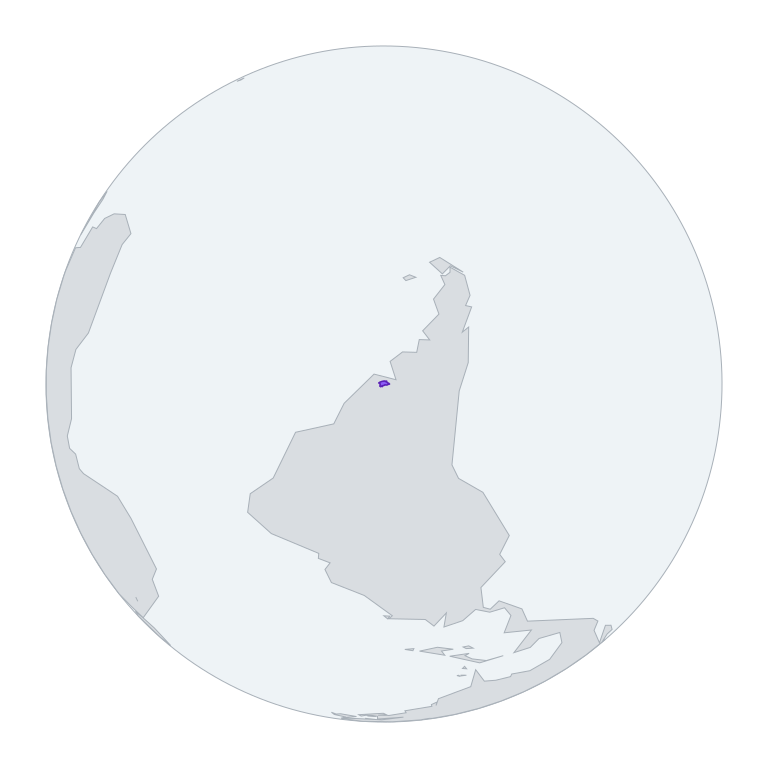 Durazno highlighted on a globe, orthographic projection, rotated 187°
{"feature_id": "URY-13", "entity_name": "Durazno", "entity_type": "Department", "adm_level": 1, "iso_a3": "URY", "parent_name": "Uruguay", "parent_adm1": "", "projection": "orthographic", "projection_center": [-56.089, -32.962], "detail": "fine", "context": "on_globe", "style": "filled", "palette": "violet", "viewbox_px": 768, "rotation_deg": 187, "n_neighbors": 0, "source": "natural_earth", "source_scale": "10m", "svg_char_len": 4847}
<svg xmlns="http://www.w3.org/2000/svg" viewBox="0 0 768 768"><g transform="rotate(187 384 384)"><circle cx="384" cy="384" r="338" fill="#eef3f6" stroke="#a8b0b8"/><path d="M297.0,57.5L295.3,58.0L298.5,57.6L305.3,55.6L305.3,55.4L305.5,55.3L334.8,49.7L364.5,46.6L365.4,46.6L385.2,46.8L385.5,47.3L369.1,48.7L345.3,50.4L324.1,55.7L349.6,50.7L349.9,53.4L354.9,53.6L361.7,53.0L366.2,51.6L368.8,52.7L344.5,57.1L341.8,56.2L349.5,54.5L338.3,55.7L322.0,60.4L323.4,62.2L297.2,69.9L297.9,71.6L292.6,74.8L293.2,71.2L291.6,78.3L261.0,94.2L258.2,111.6L248.2,101.3L236.9,103.6L222.7,109.0L221.9,111.7L204.3,117.2L186.0,130.9L175.9,149.0L179.2,158.8L199.1,150.3L206.7,140.4L222.3,133.2L207.7,157.8L234.4,151.7L229.8,169.7L237.1,176.6L251.2,170.4L265.6,171.4L277.0,158.7L294.9,150.1L294.2,164.4L304.9,149.8L314.3,155.3L350.5,151.6L347.5,155.0L377.8,171.7L412.0,180.5L420.0,192.7L415.7,199.9L427.9,202.9L428.1,207.9L477.6,221.8L503.7,240.0L503.4,258.8L482.5,277.2L465.9,325.3L429.0,338.3L421.2,360.0L395.1,392.6L372.6,389.7L380.7,407.2L369.5,418.1L355.4,419.4L354.4,432.4L344.0,433.3L352.1,441.5L338.0,460.1L345.2,474.3L335.7,490.1L340.9,498.7L336.2,498.9L332.1,502.9L332.7,508.0L317.2,501.7L309.4,482.5L312.6,471.8L306.4,471.2L312.6,445.0L306.9,450.9L303.0,415.5L308.5,386.3L306.7,312.0L298.5,299.4L272.6,288.5L241.2,248.9L248.4,229.0L242.0,222.4L263.0,193.8L258.2,174.4L251.1,173.4L243.4,182.8L219.7,177.6L212.7,166.1L147.8,176.9L142.8,174.8L145.5,165.1L138.6,153.4L134.8,171.5L129.3,172.2L127.7,168.2L132.1,163.0L135.8,155.2L133.5,157.2L150.4,139.8L168.5,123.7L187.7,108.9L208.0,95.5L229.2,83.6L251.1,73.3L273.7,64.6L297.0,57.5ZM255.0,118.9L285.6,121.8L266.7,127.0L270.5,124.2L263.1,121.9L248.7,122.0L232.5,128.9L255.0,118.9ZM272.1,104.4L266.7,105.0L272.2,103.6L272.1,104.4ZM344.1,516.4L319.0,504.7L332.6,509.4L339.5,500.4L353.6,510.4L344.1,516.4ZM365.4,493.8L374.9,489.3L377.9,491.8L372.0,495.5L365.4,493.8ZM599.6,123.8L603.1,127.9L595.7,123.3L582.3,113.9L563.8,98.4L575.6,105.7L599.6,123.8ZM715.1,451.5L713.8,457.6L706.8,481.6L701.9,482.6L692.3,504.4L688.3,503.2L681.4,514.3L672.6,520.0L661.5,520.7L653.5,502.4L660.9,490.5L669.0,460.6L683.6,398.6L694.0,380.8L696.6,362.0L689.9,311.5L692.0,293.8L688.2,281.8L681.5,276.8L676.1,262.8L671.3,258.4L634.8,240.1L618.7,219.7L587.3,172.7L590.2,161.9L581.8,145.9L594.5,122.7L607.3,132.2L621.4,143.5L637.8,160.9L653.0,179.5L666.8,199.1L679.2,219.6L690.1,240.9L699.5,263.0L707.3,285.6L713.4,308.8L717.9,332.3L720.8,356.1L721.9,380.1L721.3,404.0L719.1,427.9L715.1,451.5ZM601.9,138.3L604.4,142.2L601.9,138.3ZM351.7,151.3L355.9,153.9L350.0,154.3L351.7,151.3ZM263.3,132.7L270.1,131.4L273.4,132.6L268.0,134.4L263.3,132.7ZM322.8,122.8L331.0,123.1L322.1,125.0L322.8,122.8ZM290.6,122.2L316.2,123.2L298.9,129.2L282.9,129.2L294.4,126.0L290.6,122.2ZM267.3,111.4L271.4,111.2L269.6,113.6L267.3,111.4ZM276.1,103.5L274.4,104.0L272.7,103.0L276.1,103.5ZM351.3,53.1L353.4,52.8L360.0,52.5L356.2,53.3L351.3,53.1ZM393.0,49.9L396.2,51.8L391.3,50.6L386.8,51.4L370.8,50.6L384.8,47.6L381.3,48.8L393.0,49.9ZM353.4,49.8L362.0,49.9L352.1,50.0L353.4,49.8ZM566.9,666.5L560.0,670.8L563.1,668.3L566.9,666.5ZM689.0,529.5L682.3,541.6L685.5,533.1L693.0,518.1L703.0,495.5L702.9,495.7L689.0,529.5Z" fill="#d9dde1" stroke="#a8b0b8" stroke-width="1"/><path d="M387.1,380.9L387.2,381.0L387.3,381.1L387.5,381.2L387.6,381.3L387.8,381.3L387.9,381.6L387.8,382.0L387.7,382.3L387.9,382.7L387.9,382.8L387.7,382.8L387.7,383.0L387.8,383.1L387.8,383.4L387.8,383.5L387.9,383.8L388.0,383.9L388.5,384.2L388.6,384.3L389.1,384.4L389.3,384.4L389.3,384.5L389.2,384.6L388.9,384.8L388.6,385.1L388.2,385.4L388.1,385.5L388.0,385.4L387.9,385.4L387.7,385.5L387.4,385.7L387.2,385.8L386.3,386.4L386.2,386.4L385.9,386.4L385.8,386.5L385.7,386.5L385.3,386.7L385.1,386.8L384.9,386.8L384.9,386.7L384.5,386.8L384.3,386.8L384.2,386.9L384.2,387.0L383.7,387.1L383.3,387.1L383.2,387.0L383.1,386.8L383.0,386.7L382.8,386.8L382.7,386.8L382.6,386.7L382.4,386.6L382.4,386.8L382.4,387.0L382.2,387.1L381.8,387.2L381.7,387.0L381.7,386.9L381.7,386.7L381.2,386.2L380.8,385.9L380.6,385.9L380.4,385.8L380.3,385.7L380.2,385.6L380.2,385.4L379.8,385.3L379.6,385.3L379.4,385.3L379.1,385.2L378.9,385.0L378.9,384.9L378.9,384.7L378.7,384.6L378.8,384.5L378.8,384.4L379.0,384.3L379.4,384.4L379.5,384.4L379.6,384.2L379.8,384.2L380.0,384.0L380.1,383.9L380.3,383.9L380.4,383.7L380.5,383.6L380.7,383.4L380.8,383.4L381.0,383.3L381.3,383.4L381.5,383.3L381.7,383.2L381.8,383.2L382.0,383.2L382.2,383.3L382.3,383.4L382.5,383.3L382.5,383.2L382.8,383.1L383.0,383.2L383.3,383.2L383.4,382.9L383.5,382.7L383.8,382.6L384.0,382.5L384.4,382.5L384.5,382.3L384.6,382.2L384.8,382.0L384.9,381.9L385.0,381.9L385.1,382.0L385.3,382.1L385.5,381.9L385.5,381.7L385.5,381.4L385.8,381.5L386.0,381.6L386.1,381.3L386.3,381.3L386.5,381.3L386.8,381.3L386.9,381.2L387.0,380.9L387.1,380.9Z" fill="#8b5cf6" stroke="#5b21b6" stroke-width="1.5"/></g></svg>